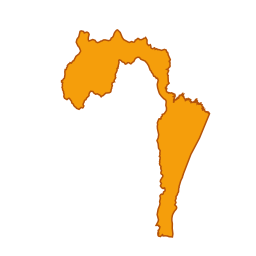 El Charco, Nariño, Colombia, rotated 200°
{"feature_id": "7082276B87562004853041", "entity_name": "El Charco", "entity_type": "district", "adm_level": 2, "iso_a3": "COL", "parent_name": "Colombia", "parent_adm1": "Nariño", "projection": "equal_earth", "projection_center": [-77.861, 2.29], "detail": "fine", "context": "isolated", "style": "filled", "palette": "amber", "viewbox_px": 256, "rotation_deg": 200, "n_neighbors": 0, "source": "geoboundaries", "source_scale": "gbopen_adm2", "svg_char_len": 5851}
<svg xmlns="http://www.w3.org/2000/svg" viewBox="0 0 256 256"><g transform="rotate(200 128 128)"><path d="M195.1,133.8L194.0,135.6L193.2,135.8L190.4,133.9L189.2,132.2L187.7,131.8L186.5,130.5L185.2,129.8L184.0,129.6L183.2,128.9L180.4,128.8L179.1,131.3L177.6,131.3L177.2,131.7L177.0,133.4L177.2,133.9L178.1,134.3L178.4,135.7L178.2,136.9L178.3,139.1L177.2,140.3L177.2,141.9L175.7,145.0L176.2,146.3L176.2,148.2L175.6,149.8L173.4,150.3L172.3,149.3L169.9,148.7L168.5,149.7L166.9,149.3L166.1,149.5L163.9,148.1L163.3,149.3L162.5,149.9L160.8,153.2L157.7,154.7L156.7,155.8L156.6,156.9L157.0,158.3L156.9,159.9L157.3,161.1L157.1,162.3L157.4,162.9L158.0,163.2L158.3,165.0L157.1,166.3L157.0,166.8L156.6,166.9L157.2,167.5L157.3,168.5L156.7,171.1L157.5,171.7L157.6,172.9L158.2,173.6L158.3,175.2L158.0,176.2L158.0,178.6L158.7,180.2L157.9,180.9L158.3,181.4L158.1,182.4L158.4,182.7L158.8,186.4L159.7,188.0L159.5,189.1L157.8,189.1L156.0,188.2L154.0,188.2L152.4,187.1L151.2,188.0L150.9,189.1L150.5,189.4L149.2,189.7L147.7,189.2L147.1,189.4L146.2,191.4L145.3,192.4L145.0,195.3L144.2,196.8L143.2,197.7L141.9,198.2L141.2,198.1L139.4,197.0L135.0,196.8L132.3,195.4L129.9,193.5L127.0,190.0L125.7,189.4L124.9,188.4L123.2,187.4L121.6,185.5L120.2,185.7L119.7,185.1L118.7,184.9L118.4,184.3L117.6,184.8L117.2,184.7L115.9,183.1L115.5,179.2L114.9,177.8L113.9,175.9L111.4,172.5L110.1,171.0L107.5,169.3L104.3,167.7L103.5,167.7L101.8,166.9L101.0,165.5L100.2,162.2L98.7,160.1L97.9,157.6L98.8,153.8L100.5,152.4L100.0,151.4L100.0,150.8L100.6,149.9L100.5,148.7L100.2,148.1L100.3,147.6L101.7,147.4L102.1,147.0L102.2,142.8L101.4,141.6L101.1,139.7L100.1,137.4L96.9,132.3L96.2,128.9L96.5,126.1L94.4,123.7L92.4,119.5L90.0,117.7L89.5,115.2L88.9,114.2L88.8,111.9L87.8,111.7L87.1,109.4L87.3,109.0L86.9,108.0L86.9,107.3L86.4,106.9L86.3,105.5L85.6,104.3L83.8,103.1L83.6,101.7L83.4,101.7L83.0,100.7L81.9,99.4L81.9,97.6L81.6,96.7L81.1,96.2L79.7,95.9L78.8,94.9L78.8,93.4L79.3,92.3L79.2,91.6L79.6,90.3L79.3,88.6L77.6,87.3L77.8,84.7L76.0,83.4L74.5,83.1L74.1,83.2L73.6,84.1L73.1,84.2L71.8,82.3L71.8,81.4L72.7,80.1L72.5,78.1L72.9,77.5L73.8,77.4L74.4,76.7L74.8,75.1L73.5,73.1L73.1,69.6L72.0,67.9L71.8,66.1L71.9,62.0L71.0,56.6L68.0,52.3L67.7,50.6L68.3,46.1L66.1,46.9L65.5,46.7L65.3,46.1L64.2,46.0L63.9,43.0L64.5,42.5L64.6,41.9L63.2,39.6L63.1,38.8L63.8,39.0L63.2,37.6L62.4,36.9L60.4,37.1L59.1,39.6L58.8,39.4L58.9,38.7L58.1,38.6L56.0,39.5L54.0,40.0L52.3,39.9L49.0,40.8L49.6,43.8L52.1,48.8L53.6,53.3L55.1,55.9L55.9,58.2L56.4,60.9L56.4,62.8L55.9,65.7L55.0,68.2L54.9,69.6L55.7,70.8L57.8,71.8L57.4,74.3L58.8,75.9L58.7,78.3L59.5,80.0L58.8,82.3L59.1,83.3L58.7,85.2L59.7,88.6L59.7,89.9L60.0,90.3L60.4,96.5L60.0,100.5L60.3,101.9L60.1,103.0L60.3,103.3L59.9,124.8L57.4,143.1L56.3,169.4L56.6,169.6L56.7,169.3L57.0,169.6L57.0,169.3L58.0,169.7L58.3,170.2L58.5,170.0L59.2,170.4L59.8,170.2L60.0,169.7L60.8,169.8L61.7,170.3L62.0,170.9L62.6,171.0L62.6,171.4L63.2,170.9L63.3,171.2L63.6,170.7L64.0,171.1L64.2,170.8L64.5,171.4L65.1,171.6L65.1,172.4L64.5,172.8L64.1,172.7L64.0,173.0L64.8,173.3L65.2,173.9L65.9,173.9L66.6,174.8L66.5,175.2L67.9,175.2L68.0,176.1L68.3,175.8L68.3,174.9L68.9,174.8L69.0,175.5L69.8,174.5L70.1,174.6L70.2,175.5L70.7,175.7L71.3,174.3L71.8,175.3L71.4,175.8L72.0,176.3L72.1,177.2L72.6,177.3L73.1,176.8L73.5,177.0L73.6,177.3L73.2,177.8L73.3,178.7L73.7,178.6L74.4,177.0L74.3,176.3L73.4,175.4L73.8,174.9L75.0,175.3L75.2,174.6L75.7,174.6L76.7,173.8L77.1,174.2L77.6,173.6L78.1,174.5L78.8,174.5L78.7,176.0L80.1,176.2L80.1,175.6L80.8,175.3L80.5,174.7L81.3,176.1L81.6,176.3L82.3,174.5L82.9,174.6L82.5,175.2L83.0,175.3L83.1,174.2L83.5,173.5L84.4,174.8L85.9,175.6L86.4,176.7L87.2,176.5L87.5,177.2L87.4,178.4L88.1,177.7L88.1,178.3L88.6,177.9L88.7,178.5L89.3,177.3L90.7,176.3L90.4,175.9L90.8,175.7L90.7,174.1L91.1,174.1L90.8,173.3L91.8,173.2L91.8,172.4L92.2,172.4L92.1,171.7L92.6,171.6L92.6,170.8L93.9,170.5L94.0,169.7L93.7,169.5L93.9,169.2L93.8,168.0L94.0,167.9L94.9,170.5L94.6,171.8L94.9,172.6L94.6,173.3L96.0,173.1L94.9,174.9L95.8,175.8L96.9,175.4L97.2,175.8L97.7,175.5L98.2,175.9L99.3,175.9L100.1,175.3L101.8,175.2L101.9,174.8L104.3,175.4L104.9,176.5L105.1,178.5L105.8,178.6L106.2,178.0L106.6,178.6L106.0,180.2L105.9,182.1L105.2,183.0L104.7,184.2L105.9,185.1L108.1,190.3L108.2,191.1L108.8,191.2L109.6,192.6L109.4,195.4L109.6,196.1L111.5,196.4L110.7,197.0L110.2,198.8L109.6,199.9L109.6,200.7L110.1,201.3L110.8,203.7L111.5,204.1L111.5,204.6L112.1,204.7L112.1,205.3L111.6,205.7L111.6,206.7L115.3,210.5L116.1,212.0L116.8,212.7L117.6,212.6L118.8,214.3L120.7,214.3L123.0,212.4L125.9,212.3L126.8,211.8L128.1,212.3L129.4,211.2L130.0,212.2L130.6,212.4L131.9,210.9L133.2,210.9L134.0,211.3L134.5,212.7L135.5,213.9L136.7,212.6L138.6,213.5L139.3,214.5L140.2,217.2L142.4,219.1L142.9,218.1L144.0,217.5L144.4,216.6L145.8,215.5L147.4,215.0L148.6,215.7L149.6,215.4L150.3,213.8L151.2,213.1L151.2,211.6L151.6,210.8L152.6,210.4L154.1,210.5L155.9,208.9L156.8,208.8L162.3,209.6L164.4,211.1L168.0,215.1L171.3,216.6L172.2,216.0L172.9,214.2L173.3,212.4L173.2,209.3L173.6,207.8L174.5,206.8L174.6,204.6L176.1,203.4L179.5,203.0L181.1,202.4L182.3,200.9L183.4,200.2L184.2,199.0L185.8,197.8L187.3,197.9L189.0,199.1L191.4,199.1L194.4,196.4L195.5,197.3L196.3,199.7L196.5,202.6L197.7,203.8L199.4,204.1L201.6,202.4L202.8,203.5L205.0,203.3L205.9,202.7L206.1,202.4L205.5,197.4L205.6,196.1L206.1,195.0L206.3,193.5L206.0,190.9L203.1,188.0L201.4,187.1L199.0,184.4L198.8,183.8L199.4,180.8L201.4,177.6L202.0,172.6L202.5,172.4L202.9,171.6L203.4,169.6L204.8,169.6L204.8,168.8L205.6,168.0L206.4,166.0L205.9,165.1L206.3,163.2L206.0,162.1L206.5,161.3L207.0,161.3L206.6,159.3L205.5,156.7L204.8,152.9L205.4,152.1L205.8,150.4L206.5,149.9L206.6,149.6L206.1,148.4L205.0,148.5L204.6,146.3L203.9,145.0L203.9,143.6L203.0,142.7L202.5,141.5L201.0,140.2L200.6,139.0L199.6,137.9L199.0,135.5L197.8,134.3L195.1,133.8Z" fill="#f59e0b" stroke="#b45309" stroke-width="1.5"/></g></svg>